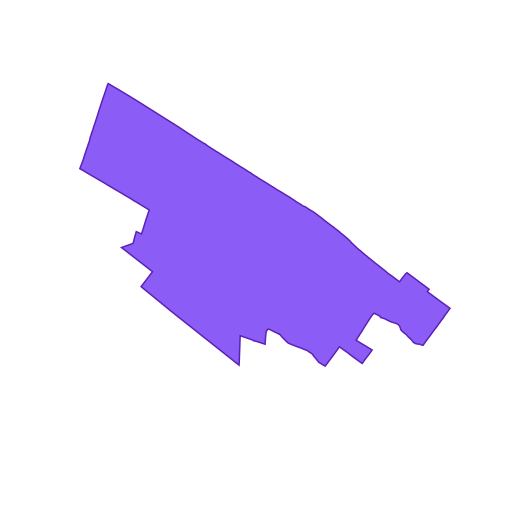 Studina, Olt, Romania (orthographic projection), rotated 201°
{"feature_id": "2599482B4417502525684", "entity_name": "Studina", "entity_type": "district", "adm_level": 2, "iso_a3": "ROU", "parent_name": "Romania", "parent_adm1": "Olt", "projection": "orthographic", "projection_center": [24.422, 43.965], "detail": "fine", "context": "isolated", "style": "filled", "palette": "violet", "viewbox_px": 512, "rotation_deg": 201, "n_neighbors": 0, "source": "geoboundaries", "source_scale": "gbopen_adm2", "svg_char_len": 6096}
<svg xmlns="http://www.w3.org/2000/svg" viewBox="0 0 512 512"><g transform="rotate(201 256 256)"><path d="M426.2,358.9L437.4,360.9L440.7,361.5L444.1,362.1L449.7,363.0L453.8,363.7L455.8,364.0L455.9,360.4L455.7,357.9L455.4,350.2L455.4,348.7L454.6,333.1L454.5,332.6L454.4,331.6L454.4,331.0L454.4,330.0L454.3,329.1L454.3,328.8L454.2,327.0L454.1,325.2L454.0,323.3L453.9,321.2L453.9,320.4L453.9,319.4L453.8,318.3L453.7,316.9L453.5,314.6L453.5,313.3L453.6,312.4L453.3,309.4L453.3,308.4L453.2,306.7L453.0,305.1L452.8,304.4L452.7,303.6L452.7,303.2L452.7,300.8L452.5,297.7L452.5,296.7L452.5,296.3L452.5,295.6L452.4,294.0L452.3,291.7L452.2,289.4L452.1,287.7L451.8,283.6L451.8,279.9L451.8,277.4L451.8,275.4L451.8,274.4L451.6,274.4L451.4,274.4L450.6,274.2L448.1,273.9L445.3,273.4L444.4,273.2L437.3,272.0L433.9,271.5L433.0,271.3L427.9,270.5L421.9,269.5L420.4,269.2L413.6,268.0L409.8,267.4L406.3,266.8L403.1,266.3L399.4,265.6L396.8,265.2L393.3,264.6L389.7,263.8L388.6,263.7L386.3,263.3L382.5,262.6L378.6,261.9L376.0,261.4L372.2,260.7L371.9,253.7L371.7,249.4L371.4,245.5L371.2,242.6L370.9,238.5L370.9,235.5L376.5,235.9L376.3,233.3L376.1,230.6L375.5,226.2L375.4,223.6L381.7,218.2L384.6,215.7L377.0,213.4L376.7,213.3L347.0,204.3L352.3,186.2L317.2,174.6L316.7,174.4L232.7,148.0L233.5,150.6L242.2,175.9L228.5,176.4L228.2,176.0L224.3,176.5L215.9,176.9L216.3,178.0L216.7,179.4L217.2,181.2L217.8,183.0L218.1,184.2L218.3,185.0L218.8,186.5L219.0,187.6L219.3,188.7L219.3,189.3L219.2,190.1L219.0,190.9L218.8,191.4L218.6,192.1L218.1,192.1L217.1,192.3L215.6,192.2L211.8,191.8L209.0,191.6L207.2,191.4L206.6,191.3L206.6,191.6L206.1,191.6L204.9,191.0L204.1,190.5L203.3,190.0L202.4,189.6L201.2,189.0L199.7,188.3L199.0,188.0L197.4,187.3L196.1,186.7L195.2,186.4L194.6,186.3L194.1,186.2L193.4,186.2L191.6,186.1L189.8,186.1L188.3,186.1L187.0,186.1L185.0,186.1L183.5,186.1L182.0,186.2L180.4,186.2L179.2,186.1L177.5,186.1L174.3,186.1L173.0,185.7L171.7,185.4L169.1,184.9L168.3,184.6L167.8,184.3L167.1,183.8L165.7,182.9L164.5,182.3L161.7,180.7L160.1,179.7L159.3,179.3L158.6,179.1L157.2,178.9L155.9,178.6L153.3,178.2L152.0,177.9L150.2,184.1L149.8,185.5L148.5,190.1L146.9,196.0L145.6,201.1L145.3,201.0L141.0,199.9L136.7,198.8L128.9,196.5L122.2,194.7L121.1,194.4L118.4,193.7L118.1,194.5L117.5,197.0L116.9,199.2L116.0,202.3L115.2,204.9L114.2,208.6L113.9,209.9L132.3,213.2L132.1,214.2L131.9,215.0L131.8,215.5L131.8,216.1L131.6,217.1L131.4,217.7L130.8,220.9L130.3,222.9L129.9,225.3L129.5,227.5L128.8,231.0L127.9,235.3L127.1,239.2L126.6,241.4L126.3,242.4L125.3,244.9L123.9,244.8L123.0,244.6L121.8,244.6L120.8,244.5L119.8,244.4L118.7,244.0L117.9,243.5L117.3,243.2L116.7,243.3L115.7,243.5L115.3,243.4L114.7,243.4L114.3,243.5L113.4,243.6L112.3,243.4L111.5,243.3L110.2,243.2L108.3,243.0L107.4,243.0L106.3,242.9L105.7,242.9L104.7,243.0L103.5,243.1L102.6,243.2L101.8,243.2L100.9,243.2L100.2,243.2L99.4,243.1L98.5,242.9L97.6,242.5L96.7,241.9L96.1,241.2L95.4,240.5L95.0,239.8L94.4,239.2L93.7,238.6L92.7,238.2L91.5,237.7L90.9,237.4L90.0,237.2L88.3,236.7L87.1,236.3L86.2,235.8L85.5,235.4L84.9,235.1L83.6,234.5L82.4,234.1L81.8,233.8L81.0,233.5L80.2,233.1L79.6,232.7L79.0,232.3L78.5,231.9L78.1,231.8L76.6,231.5L75.4,231.4L74.2,231.6L73.0,231.9L72.3,232.1L71.7,232.3L71.0,232.3L70.2,232.3L69.3,232.3L68.5,232.4L68.0,232.5L67.2,235.9L66.1,239.9L64.9,244.0L63.7,248.6L63.6,249.0L63.1,250.8L62.1,253.9L60.9,258.5L60.6,259.7L60.5,260.0L60.1,261.5L59.8,262.8L59.2,264.4L58.8,266.2L58.6,267.4L57.8,270.4L57.1,272.8L56.6,274.9L56.1,276.7L68.9,280.1L83.3,284.1L83.1,284.7L82.9,285.5L82.7,286.1L82.5,287.0L109.0,294.5L109.3,294.0L109.7,293.4L110.0,292.8L110.2,292.1L110.4,291.4L110.6,290.9L111.1,289.2L111.7,287.4L112.3,285.0L112.7,283.4L113.6,283.6L117.2,284.6L119.5,285.3L120.9,285.7L122.0,286.0L122.8,286.2L124.1,286.5L126.0,287.0L126.7,287.2L127.4,287.4L128.2,287.7L129.1,288.1L131.0,288.7L133.6,289.5L136.1,290.3L138.9,291.2L140.3,291.6L141.5,291.9L143.1,292.5L144.2,292.8L145.6,293.3L148.0,294.1L149.2,294.4L149.8,294.6L151.5,295.2L152.6,295.6L153.2,295.8L154.0,296.0L155.1,296.4L156.8,297.0L158.3,297.5L160.3,298.3L161.4,298.6L162.2,298.8L163.4,299.3L164.4,299.6L165.9,300.3L166.7,300.6L167.7,301.0L168.4,301.3L168.8,301.4L169.6,301.8L170.4,302.1L171.0,302.3L171.5,302.6L172.4,303.0L173.1,303.4L174.3,304.0L176.0,304.7L177.0,305.1L177.6,305.3L179.5,306.0L183.5,307.3L185.0,307.7L185.6,308.0L186.4,308.4L187.2,308.6L188.3,309.0L189.3,309.3L189.9,309.5L190.6,309.7L191.2,309.8L192.2,310.1L192.9,310.4L193.3,310.6L193.8,310.7L194.3,310.7L194.9,311.0L195.4,311.1L195.7,311.2L197.4,311.6L198.6,312.0L199.7,312.3L201.5,312.8L203.9,313.5L206.7,314.4L209.2,315.2L211.7,315.9L213.2,316.4L215.5,317.0L217.5,317.5L218.8,317.9L220.0,318.0L221.2,318.2L223.7,318.7L224.4,318.9L225.1,319.0L225.5,319.1L226.4,319.3L227.0,319.5L227.6,319.6L228.0,319.6L228.8,319.5L229.2,319.5L229.9,319.5L232.5,320.2L234.4,320.5L235.3,320.6L235.8,320.7L236.9,320.9L237.8,321.1L238.6,321.3L239.8,321.6L240.3,321.7L240.8,321.9L241.5,322.0L242.4,322.2L243.1,322.3L244.8,322.7L245.9,323.0L247.4,323.2L250.3,323.7L251.8,324.0L253.6,324.4L255.3,324.7L257.0,324.9L258.4,325.2L260.7,325.5L262.6,326.0L264.0,326.3L266.9,326.8L268.8,327.1L270.6,327.6L272.0,327.8L274.2,328.3L275.7,328.5L277.3,328.8L278.5,329.0L279.5,329.2L280.0,329.3L281.5,329.6L282.0,329.7L283.9,330.2L284.9,330.3L285.6,330.4L286.3,330.5L287.4,330.8L288.5,331.0L289.3,331.2L290.1,331.5L291.0,331.7L292.9,332.0L293.8,332.1L294.9,332.4L295.9,332.6L296.6,332.8L297.3,333.0L298.0,333.0L299.2,333.3L300.8,333.6L301.8,333.7L304.5,334.3L305.6,334.5L306.6,334.7L307.7,334.9L308.9,335.1L309.8,335.4L310.7,335.6L314.0,336.3L315.4,336.5L316.1,336.6L320.7,337.5L324.2,338.2L326.6,338.7L328.1,339.0L330.6,339.4L331.9,339.7L333.2,339.9L334.8,340.3L336.1,340.5L338.3,341.0L339.4,341.2L340.2,341.4L341.1,341.6L341.6,341.7L342.1,342.0L342.9,342.2L343.7,342.4L344.2,342.5L344.2,342.3L344.8,342.4L346.3,342.7L348.7,343.2L351.1,343.6L352.6,343.9L357.2,344.9L361.1,345.8L361.8,345.9L367.0,347.0L367.6,347.2L369.2,347.5L373.2,348.4L374.5,348.7L374.9,348.8L384.5,350.7L386.7,351.1L426.2,358.9Z" fill="#8b5cf6" stroke="#5b21b6" stroke-width="1.5"/></g></svg>